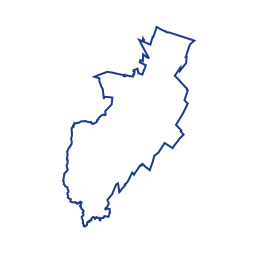 Mineral de la Reforma, Hidalgo, Mexico, rotated 190°
{"feature_id": "50627088B38454753665522", "entity_name": "Mineral de la Reforma", "entity_type": "district", "adm_level": 2, "iso_a3": "MEX", "parent_name": "Mexico", "parent_adm1": "Hidalgo", "projection": "equal_earth", "projection_center": [-98.711, 20.061], "detail": "fine", "context": "isolated", "style": "outline", "palette": "blue", "viewbox_px": 256, "rotation_deg": 190, "n_neighbors": 0, "source": "geoboundaries", "source_scale": "gbopen_adm2", "svg_char_len": 5625}
<svg xmlns="http://www.w3.org/2000/svg" viewBox="0 0 256 256"><g transform="rotate(190 128 128)"><path d="M182.7,64.6L182.1,64.1L181.9,63.8L181.7,62.9L181.6,62.6L181.6,61.9L181.5,61.5L181.2,61.3L180.3,60.7L180.0,60.2L179.9,59.9L179.6,59.7L179.1,59.5L178.8,59.5L177.4,59.2L177.2,58.2L176.8,57.3L175.8,55.7L175.6,55.2L175.6,54.7L176.4,53.2L176.4,52.7L176.2,52.1L175.7,51.6L175.3,51.3L175.1,50.9L175.3,49.5L175.3,49.2L173.7,48.3L172.8,48.0L171.9,47.9L172.0,47.2L172.0,46.9L172.0,45.8L171.9,45.6L171.6,45.5L169.5,45.1L168.7,45.4L168.2,45.5L167.4,45.9L167.0,46.0L166.8,45.8L166.7,45.4L166.5,45.2L165.8,45.2L165.6,45.2L165.2,44.7L164.9,44.5L164.6,44.6L164.3,44.8L164.1,45.6L164.0,45.8L163.8,45.8L163.4,45.6L163.2,45.6L163.0,46.1L162.8,46.3L162.3,47.1L162.0,47.2L161.5,47.0L161.1,46.7L160.7,46.5L161.7,42.6L160.7,42.5L160.6,41.9L160.5,41.4L159.9,40.8L159.5,39.9L158.6,39.7L158.0,39.3L157.4,38.8L157.2,38.4L157.3,38.0L157.4,37.7L157.8,37.3L158.0,36.8L157.7,36.4L157.2,36.0L156.9,35.1L156.9,34.5L157.1,33.8L158.1,32.5L158.1,31.9L157.6,31.0L157.2,30.4L156.1,28.4L155.9,27.9L155.9,27.4L155.9,26.8L156.0,26.6L155.9,26.3L155.1,25.6L154.2,24.2L154.5,24.3L154.7,24.1L154.6,23.7L154.3,23.5L154.1,23.5L153.9,23.6L153.4,24.1L153.1,24.3L152.8,24.3L152.6,24.1L152.6,23.9L152.4,24.3L152.0,24.8L151.7,25.2L151.5,25.9L151.5,26.3L151.8,27.4L151.8,27.8L151.6,28.2L151.3,28.6L151.0,28.8L150.7,28.8L150.3,28.6L150.1,28.6L149.9,28.7L149.9,28.9L149.9,30.1L149.8,30.3L149.5,30.3L148.6,30.3L148.3,30.4L148.2,30.6L148.2,30.9L148.3,31.6L148.3,32.5L148.1,33.0L147.4,33.7L147.3,34.0L147.1,34.3L146.3,34.3L145.4,33.5L144.9,32.7L144.6,32.7L144.5,32.8L144.2,33.4L144.0,34.3L143.7,34.8L143.4,34.8L142.8,34.5L142.5,34.3L141.9,34.3L141.5,34.3L140.8,34.6L140.6,34.6L140.4,34.5L140.3,34.3L140.4,33.6L140.4,33.4L140.2,33.0L140.1,32.7L139.8,32.3L139.4,32.1L139.2,32.2L139.2,32.4L139.1,33.3L139.0,33.9L138.8,34.2L138.4,34.7L138.1,34.9L137.3,35.0L136.7,35.1L136.4,35.3L136.3,35.5L136.3,36.2L136.2,36.8L136.0,37.1L135.8,37.2L135.3,37.2L133.7,37.1L131.8,37.2L131.4,40.8L131.0,41.7L131.4,42.0L131.5,42.4L131.6,43.2L131.7,43.3L131.7,44.4L131.8,44.9L132.1,45.1L133.8,44.9L134.3,45.0L135.0,44.8L135.3,44.6L135.6,44.1L135.8,43.9L136.2,44.0L136.3,44.1L136.4,44.5L136.3,44.9L136.1,45.1L135.7,45.7L135.1,46.3L134.8,46.7L133.9,49.6L133.8,50.0L133.8,50.3L133.9,50.6L134.3,51.4L134.5,51.7L135.3,52.6L135.6,52.9L135.7,53.3L135.7,53.6L135.7,53.9L132.9,58.7L132.2,59.8L130.0,69.9L129.8,70.3L129.6,70.6L129.4,70.8L128.2,71.7L127.0,68.2L125.4,63.3L124.4,65.0L123.9,66.2L120.7,71.4L121.4,71.9L119.2,74.5L116.1,84.8L114.0,83.0L113.0,85.7L111.8,88.0L111.0,90.1L110.9,90.1L109.6,93.1L109.0,92.9L108.2,94.3L107.7,94.0L107.4,95.1L104.9,93.5L104.5,93.1L103.6,92.5L102.2,91.9L99.2,90.2L97.7,99.7L97.4,104.1L97.4,105.0L93.6,109.3L93.1,110.6L89.3,119.6L82.9,116.9L80.6,115.9L79.0,119.5L77.0,123.3L75.1,127.0L73.5,129.1L72.1,131.2L75.5,133.8L75.0,134.8L81.3,139.4L81.3,139.5L79.8,143.3L78.2,147.2L76.5,151.6L73.4,162.3L77.2,165.2L75.7,175.5L76.8,176.2L76.5,176.8L76.8,177.1L79.0,178.6L86.0,183.9L87.2,184.9L88.9,186.0L91.0,187.6L87.0,196.4L86.7,193.5L85.4,195.8L82.0,202.1L82.6,208.1L83.6,208.0L83.2,209.5L82.6,214.5L82.1,217.9L81.3,221.4L77.9,225.6L104.3,229.3L105.4,229.0L107.3,229.2L107.5,229.7L110.8,230.2L113.7,231.2L117.3,232.5L118.1,227.0L118.9,221.8L119.5,221.9L120.0,218.4L120.4,214.0L127.5,215.6L127.4,217.5L128.7,218.3L128.8,218.5L129.0,215.9L132.2,216.6L131.8,216.1L130.4,214.3L125.7,208.1L119.9,200.9L119.9,200.6L120.8,200.7L122.2,201.1L125.9,203.2L125.0,196.4L127.6,197.0L127.9,194.7L121.3,192.9L123.2,183.1L126.9,183.8L127.2,183.7L128.9,188.0L132.6,185.9L132.5,184.8L131.3,184.6L131.2,181.9L132.1,181.8L132.0,179.5L134.7,179.4L138.8,179.6L139.4,178.9L140.0,178.3L140.4,178.5L141.1,178.4L141.1,179.3L141.4,179.0L141.2,179.4L145.3,179.4L152.4,179.8L156.1,179.8L158.4,179.6L165.4,175.5L169.9,172.6L164.8,172.0L164.7,171.8L164.4,169.3L162.0,165.1L161.1,163.5L159.9,162.5L159.9,162.4L159.1,160.2L156.8,152.3L157.0,154.6L148.7,155.3L148.2,148.3L153.4,140.6L152.7,138.2L152.4,137.9L152.3,137.5L152.6,136.8L152.7,136.7L153.4,136.7L154.0,136.8L154.4,136.9L155.5,136.3L156.7,135.4L157.5,134.3L158.1,133.5L158.5,132.7L158.7,131.4L159.0,130.9L159.7,130.7L159.8,130.2L159.8,129.6L159.7,129.4L159.8,128.6L160.0,128.2L161.1,127.5L162.3,126.3L163.5,126.0L163.8,125.9L164.1,126.0L164.4,126.6L164.5,126.6L165.3,126.7L165.3,126.8L165.5,127.4L165.8,127.2L166.5,127.1L167.0,127.0L168.5,127.0L168.9,127.1L170.1,127.2L170.9,127.5L171.5,127.4L171.8,127.3L172.1,127.2L172.5,127.1L172.6,126.9L173.1,126.9L173.5,126.7L173.8,126.6L174.9,126.6L175.9,126.0L176.3,125.6L176.5,125.1L177.3,124.6L178.4,124.4L178.9,124.3L179.9,123.6L180.4,123.4L181.1,123.5L181.5,123.8L181.7,123.7L181.6,122.1L181.6,121.6L181.8,121.3L182.4,121.2L182.7,120.1L182.5,119.8L182.1,119.7L181.9,119.8L181.8,119.6L182.2,119.2L182.4,119.1L182.6,118.8L183.0,118.5L183.2,118.3L183.5,118.1L183.4,117.0L182.8,115.1L182.4,113.6L182.5,113.0L182.2,112.5L182.1,112.0L181.9,110.7L181.9,110.1L181.9,109.7L182.0,109.1L182.2,108.3L182.1,107.3L181.6,106.3L180.9,104.1L180.8,102.2L181.3,101.4L181.5,100.4L181.7,100.0L182.2,99.4L182.2,98.7L182.8,98.1L183.0,97.4L183.2,96.0L183.3,95.3L183.5,95.0L183.8,94.8L183.9,94.2L183.2,92.1L183.1,91.5L182.8,91.1L182.7,90.7L182.7,90.3L182.8,89.9L182.9,89.1L182.9,87.4L182.8,86.8L182.7,86.6L182.3,86.7L182.2,86.6L182.3,85.5L181.7,85.3L181.6,85.2L181.5,83.7L181.4,82.9L181.4,82.3L181.8,81.6L182.0,81.3L181.7,79.4L181.4,79.1L181.4,78.8L181.2,78.4L181.1,78.1L181.0,77.7L180.3,77.0L180.1,76.6L180.8,74.9L181.7,73.5L182.4,72.5L182.9,71.8L182.7,71.5L182.6,64.8L182.7,64.6Z" fill="none" stroke="#1e3a8a" stroke-width="2"/></g></svg>